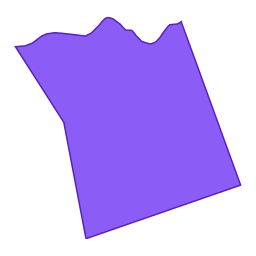 Derriere Morne, Soufrière, Saint Lucia (orthographic projection)
{"feature_id": "8701671B55959658835891", "entity_name": "Derriere Morne", "entity_type": "district", "adm_level": 2, "iso_a3": "LCA", "parent_name": "Saint Lucia", "parent_adm1": "Soufrière", "projection": "orthographic", "projection_center": [-61.051, 13.809], "detail": "fine", "context": "isolated", "style": "filled", "palette": "violet", "viewbox_px": 256, "rotation_deg": 0, "n_neighbors": 0, "source": "geoboundaries", "source_scale": "gbopen_adm2", "svg_char_len": 582}
<svg xmlns="http://www.w3.org/2000/svg" viewBox="0 0 256 256"><path d="M15.4,46.7L63.8,122.3L85.9,238.1L86.5,238.4L87.0,238.3L240.6,185.1L193.3,54.9L181.1,21.6L180.5,22.3L177.2,24.0L169.8,24.7L167.6,26.9L163.4,32.3L160.0,37.4L156.7,41.1L155.1,42.3L150.8,44.0L146.8,43.1L141.7,41.4L136.4,36.0L132.5,31.0L131.4,30.3L125.9,30.1L124.2,28.7L120.1,24.1L113.0,18.9L109.8,17.8L107.4,17.6L104.9,18.7L101.9,21.7L99.3,25.1L91.4,33.0L85.2,36.1L83.4,35.8L73.9,34.6L62.0,33.3L54.8,32.7L46.5,33.9L41.6,36.1L32.4,43.1L25.1,45.9L15.4,46.7Z" fill="#8b5cf6" stroke="#5b21b6" stroke-width="1.5"/></svg>